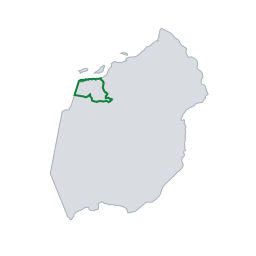 location of Tanga within United Republic of Tanzania, rotated 248°
{"feature_id": "TZA-3395", "entity_name": "Tanga", "entity_type": "Region", "adm_level": 1, "iso_a3": "TZA", "parent_name": "United Republic of Tanzania", "parent_adm1": "", "projection": "natural_earth1", "projection_center": [38.386, -5.115], "detail": "fine", "context": "in_parent", "style": "outline", "palette": "green", "viewbox_px": 256, "rotation_deg": 248, "n_neighbors": 0, "source": "natural_earth", "source_scale": "10m", "svg_char_len": 5721}
<svg xmlns="http://www.w3.org/2000/svg" viewBox="0 0 256 256"><g transform="rotate(248 128 128)"><path d="M100.0,178.7L97.6,177.3L95.5,176.5L93.7,175.5L93.0,174.6L91.3,174.2L89.9,174.1L88.6,173.2L85.9,172.9L85.6,172.3L85.6,171.0L85.1,170.7L84.1,170.3L83.1,170.4L82.5,170.5L82.1,170.4L81.2,169.7L80.4,168.7L80.1,167.2L78.8,166.2L77.4,165.4L73.5,165.5L72.9,165.3L71.9,164.5L70.8,163.2L70.0,161.7L69.2,159.7L68.4,157.1L63.8,146.3L63.3,144.3L62.4,142.1L61.0,139.3L59.5,137.3L57.4,135.4L55.0,133.6L53.7,132.3L51.3,127.3L50.8,124.9L50.4,122.5L50.6,121.5L52.1,118.3L52.2,117.4L52.0,116.2L51.3,113.7L50.3,110.7L48.4,105.1L48.1,103.7L48.1,102.7L49.2,97.0L49.2,96.2L53.7,96.4L57.0,93.9L59.9,90.2L60.4,88.7L61.6,86.3L62.7,85.1L63.2,84.3L63.8,81.9L65.3,80.3L66.8,79.1L66.5,78.2L66.7,77.9L67.5,77.3L69.1,76.7L69.4,75.5L69.4,74.1L69.1,73.3L69.2,72.4L68.9,71.9L67.9,71.8L66.4,71.1L65.1,70.8L64.3,70.4L63.9,70.1L63.8,69.2L64.5,67.1L63.8,66.2L65.4,62.6L65.7,62.2L66.2,62.1L67.1,61.7L68.0,61.6L68.7,61.7L69.2,61.5L69.6,61.1L70.0,59.9L70.3,57.9L70.1,56.2L69.5,55.0L69.3,53.0L69.6,50.4L69.4,48.3L68.6,46.5L67.9,45.5L66.8,45.0L65.0,42.3L64.4,41.1L64.5,40.3L65.1,39.9L66.3,40.0L67.3,39.7L68.3,39.0L69.3,38.8L69.8,38.9L114.9,38.9L167.5,72.9L167.8,73.3L168.2,76.2L168.1,77.2L167.3,78.9L167.0,79.8L167.0,80.4L167.2,80.7L167.9,80.7L168.5,81.1L168.7,81.5L169.2,82.7L169.7,83.4L189.8,100.0L190.2,100.3L189.9,101.7L188.8,105.1L188.7,106.5L188.3,108.2L187.9,109.3L186.7,114.0L185.7,115.8L184.4,120.0L184.2,123.2L184.9,125.5L185.2,127.6L186.7,129.6L188.0,130.4L188.8,131.3L190.3,133.4L191.1,135.6L193.8,136.7L194.8,139.1L194.5,140.7L193.2,142.1L192.1,144.4L191.1,147.3L191.1,151.8L191.7,151.1L193.1,152.2L193.3,155.5L191.9,159.4L191.4,161.2L191.4,162.7L192.4,167.3L194.0,169.7L193.9,170.4L193.5,171.0L196.2,175.2L195.9,178.8L197.0,181.6L197.4,184.0L198.1,185.9L198.2,187.2L197.4,188.6L199.3,189.0L200.5,190.2L201.1,191.3L202.5,191.2L203.3,192.0L204.4,192.6L206.9,194.5L207.5,195.4L207.9,196.3L201.1,202.3L198.7,203.8L196.9,204.5L195.0,204.9L193.3,205.8L191.6,207.3L189.4,208.0L186.8,208.1L184.0,209.1L179.7,212.2L177.2,210.4L175.2,209.9L172.9,210.0L171.5,210.2L171.1,210.5L170.6,211.6L170.3,213.3L168.8,214.9L166.1,216.5L163.7,217.1L161.5,216.7L160.0,216.0L159.3,215.1L158.1,214.7L156.6,214.8L155.1,215.4L153.7,216.7L151.5,217.2L148.5,217.0L146.9,216.4L146.6,215.4L145.3,214.2L142.9,212.8L141.1,212.8L139.9,214.1L138.9,215.0L137.9,215.3L137.0,215.3L135.8,215.0L132.4,214.8L129.3,214.9L128.9,213.0L128.3,211.8L127.7,211.1L126.6,211.0L126.3,210.4L125.9,209.2L125.4,208.2L124.6,207.4L124.2,206.6L124.1,205.9L124.2,205.1L124.8,203.1L125.0,201.8L125.0,200.4L124.6,199.0L123.8,197.4L123.9,196.9L123.7,195.7L123.6,194.9L123.8,193.9L123.6,192.6L123.0,189.8L123.0,189.1L122.3,187.8L120.1,184.6L120.0,184.1L116.7,180.9L115.4,180.2L114.9,180.8L114.7,181.4L114.8,182.4L114.8,182.9L114.6,183.2L113.8,183.1L113.3,183.0L112.1,182.1L111.1,181.9L108.7,182.1L107.8,182.3L107.1,182.1L105.8,180.6L104.3,180.3L103.0,180.2L100.7,178.5L100.0,178.7ZM194.1,124.9L195.2,128.5L195.1,129.2L194.3,129.6L193.9,129.6L193.4,129.0L193.1,127.8L192.5,128.1L191.5,126.7L190.5,126.6L189.6,124.9L190.0,123.4L189.8,120.9L190.8,119.6L191.5,117.4L192.1,118.9L192.3,121.2L193.2,124.0L194.1,124.9ZM199.4,103.8L199.5,104.7L199.3,105.5L199.4,108.0L199.3,109.7L198.4,112.0L197.8,112.8L197.2,112.6L196.7,112.2L196.3,111.5L197.1,107.3L196.7,104.2L198.2,104.5L199.4,103.8ZM197.2,154.9L196.4,155.2L196.1,155.0L195.6,154.3L196.5,153.7L197.3,152.5L199.1,150.8L200.0,149.5L199.9,150.8L198.8,153.7L197.9,153.9L197.2,154.9Z" fill="#d9dde1" stroke="#a8b0b8" stroke-width="1"/><path d="M178.6,90.8L180.0,91.9L181.2,92.9L182.4,93.9L183.6,94.9L184.9,96.0L186.1,97.0L187.3,98.0L188.5,99.0L189.8,100.0L190.1,100.2L190.2,100.7L190.1,101.2L189.9,101.5L189.5,101.7L189.8,101.9L190.0,101.9L190.1,102.0L190.2,102.4L190.1,102.7L190.1,103.0L190.0,103.3L189.5,104.2L189.4,104.4L189.3,104.1L189.3,103.8L189.4,103.5L189.5,103.2L189.4,102.9L189.1,103.7L188.9,104.0L188.6,104.0L188.8,104.5L188.9,105.6L188.8,105.8L188.6,105.7L188.4,105.8L188.2,106.2L188.2,106.4L188.4,106.4L188.9,106.2L188.9,106.4L189.0,106.8L189.1,107.0L188.5,107.7L188.4,107.8L188.1,108.5L187.6,109.3L187.7,109.5L187.9,109.4L188.1,109.0L188.2,109.3L187.6,111.3L187.4,111.7L187.2,112.0L186.9,112.2L186.8,112.4L186.7,112.6L186.8,112.7L186.9,112.8L187.0,112.9L187.0,113.1L186.8,113.8L186.4,114.8L185.9,115.7L185.4,116.0L185.6,116.1L185.5,116.5L185.5,117.2L185.4,117.5L185.2,117.8L184.9,118.4L184.6,119.0L184.5,119.3L184.5,119.7L184.5,120.8L184.4,121.0L184.2,121.2L184.2,121.4L183.0,121.2L182.7,121.4L182.4,121.5L182.2,121.5L181.8,121.8L181.5,121.9L180.6,122.3L180.4,122.2L180.2,122.3L179.7,122.2L179.5,122.3L179.4,122.4L178.9,122.3L178.7,122.1L178.5,121.9L178.0,121.9L177.6,121.7L177.2,121.1L176.6,120.9L176.1,120.7L175.7,120.2L174.8,119.7L173.8,119.6L173.4,119.8L173.0,119.9L172.0,119.6L169.8,120.3L169.6,120.5L169.2,120.4L169.0,120.6L169.0,121.1L168.5,121.3L167.7,121.3L167.3,121.7L167.0,121.4L166.0,120.1L165.9,119.4L165.4,119.1L165.1,119.1L164.9,119.0L164.7,119.0L164.5,118.9L164.4,118.7L163.9,118.5L163.7,119.0L163.4,120.9L163.0,121.4L162.5,121.6L162.0,122.3L161.4,122.8L161.1,123.4L160.7,123.9L160.4,123.6L160.0,123.2L160.0,122.9L159.9,122.5L160.2,122.0L159.8,121.9L159.4,121.6L159.2,119.8L160.9,118.5L161.3,117.6L161.7,115.7L161.9,114.8L163.2,112.8L163.6,111.7L163.9,110.1L163.9,109.6L163.8,109.2L163.9,108.8L166.0,105.9L166.8,105.0L167.5,105.0L168.2,105.3L169.1,105.6L170.0,105.3L170.7,105.0L171.6,104.8L171.9,104.8L172.3,105.1L172.7,105.4L173.4,105.4L173.2,104.8L173.0,104.3L172.8,103.9L172.7,103.3L172.5,102.9L172.3,102.2L172.3,101.4L172.4,100.3L173.1,99.4L173.7,98.9L178.6,90.8L178.6,90.8Z" fill="none" stroke="#15803d" stroke-width="2"/></g></svg>